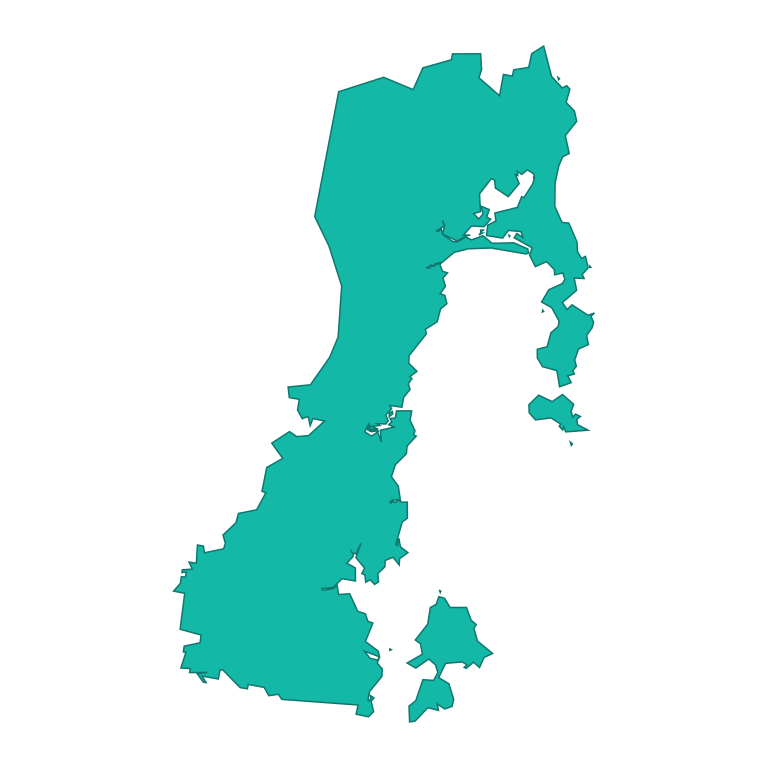 Glamorgan-Spring Bay, Tasmania, Australia (orthographic projection)
{"feature_id": "25037944B36269977330964", "entity_name": "Glamorgan-Spring Bay", "entity_type": "district", "adm_level": 2, "iso_a3": "AUS", "parent_name": "Australia", "parent_adm1": "Tasmania", "projection": "orthographic", "projection_center": [148.12, -42.278], "detail": "fine", "context": "isolated", "style": "filled", "palette": "teal", "viewbox_px": 768, "rotation_deg": 0, "n_neighbors": 0, "source": "geoboundaries", "source_scale": "gbopen_adm2", "svg_char_len": 6123}
<svg xmlns="http://www.w3.org/2000/svg" viewBox="0 0 768 768"><path d="M480.6,53.8L452.5,53.9L451.4,59.8L422.9,67.8L413.2,89.6L383.6,77.3L338.7,91.7L314.7,216.5L329.0,246.2L341.7,285.9L338.1,337.1L329.6,357.4L310.4,384.8L288.1,387.0L289.3,397.6L299.3,399.3L297.5,410.0L302.2,418.7L308.1,416.4L310.2,425.7L312.9,418.5L324.5,421.0L308.6,435.6L296.8,436.6L289.5,431.6L271.8,443.1L282.7,458.4L266.7,467.5L262.0,491.3L265.8,492.8L256.6,509.8L238.5,513.4L235.9,522.8L223.0,535.0L225.4,543.4L223.6,548.8L204.4,552.8L203.5,546.1L197.5,545.0L196.3,563.2L189.0,562.1L192.3,569.1L182.4,569.8L181.9,572.5L186.4,572.2L185.3,577.2L181.4,576.6L180.4,583.3L173.6,591.1L184.7,593.3L180.1,629.3L201.0,635.0L200.1,642.8L184.2,646.1L183.3,651.9L185.9,652.4L180.9,668.0L190.2,668.5L189.6,672.6L207.3,672.4L197.2,673.7L203.3,682.2L206.1,682.6L202.1,676.1L218.3,679.0L220.0,669.9L222.8,669.9L240.1,687.6L247.4,688.8L248.2,684.5L264.2,687.4L268.8,695.7L278.4,694.3L281.8,699.4L358.1,705.0L356.1,714.2L368.4,716.8L373.6,711.7L371.1,701.3L374.0,697.9L370.4,695.6L371.0,698.1L369.1,701.0L368.0,699.9L369.4,691.8L381.9,676.4L382.3,669.1L377.2,663.0L379.2,658.2L379.1,657.2L377.6,660.1L369.9,658.2L364.5,651.2L379.5,656.8L378.3,651.2L365.4,641.5L372.9,623.1L367.8,621.2L365.4,613.8L357.7,611.3L349.7,593.8L338.6,594.5L337.1,585.2L333.0,588.7L323.1,590.2L322.2,589.8L322.0,588.5L333.1,587.5L342.1,578.7L355.5,581.0L355.4,568.0L346.9,563.2L353.3,556.3L353.1,553.3L351.6,552.5L351.6,551.9L351.1,550.9L351.0,550.5L351.1,550.2L351.3,549.9L351.0,550.5L351.7,551.8L351.7,552.5L355.9,553.9L361.0,543.4L355.9,557.6L364.6,568.1L361.8,573.5L365.0,575.0L365.7,582.2L370.2,579.8L374.6,584.4L378.5,581.9L377.9,573.5L384.9,566.8L385.2,560.5L393.0,557.3L399.2,564.9L399.7,558.6L407.9,552.6L400.4,546.8L398.9,538.3L397.3,545.6L395.8,544.4L402.2,522.1L407.4,518.2L407.2,502.1L401.9,502.2L397.9,500.1L395.5,502.4L392.6,501.2L391.3,502.9L390.5,503.0L390.1,502.4L389.5,502.7L392.0,500.2L398.1,499.7L400.5,500.9L398.3,486.1L391.4,476.7L395.3,464.8L406.4,453.7L407.1,446.0L416.3,436.1L413.5,434.9L415.0,430.8L410.1,420.2L411.7,410.9L396.5,410.9L395.3,418.1L390.1,418.5L391.8,421.7L388.7,424.7L394.2,427.1L380.3,430.2L381.4,441.8L377.6,432.0L371.6,436.1L364.7,431.8L367.2,426.7L367.5,429.6L369.8,431.1L371.5,431.5L368.5,427.2L368.2,425.5L368.9,423.9L371.7,430.9L374.7,427.6L372.0,426.3L379.7,425.5L376.8,423.7L385.9,424.0L388.2,420.7L385.8,415.1L391.6,408.7L389.7,405.4L401.9,407.2L403.7,397.3L410.1,389.4L408.3,383.7L412.0,378.7L409.7,376.8L416.9,371.3L408.8,363.2L409.0,355.8L426.4,333.8L425.4,329.3L437.2,321.7L440.6,308.8L446.9,303.7L444.8,295.3L440.1,293.7L445.5,286.3L442.9,278.0L447.5,272.9L442.5,271.2L439.4,263.1L437.5,264.4L436.4,264.5L434.9,264.0L434.9,265.7L434.5,266.0L433.7,266.3L432.8,266.3L431.8,266.0L431.3,265.2L430.5,267.3L429.8,268.1L428.4,268.3L427.6,268.1L426.8,267.7L431.2,265.0L434.3,266.0L434.8,265.5L434.5,264.8L435.0,263.9L440.6,262.4L441.0,263.3L454.1,252.4L468.5,248.8L491.0,248.0L526.4,254.0L528.6,252.9L527.7,248.9L513.8,242.8L492.1,243.3L483.0,235.7L471.6,239.9L465.7,237.0L457.4,241.8L453.0,241.6L442.5,234.4L441.3,229.0L438.0,231.5L437.2,231.6L436.7,231.1L436.1,231.2L444.5,225.8L443.0,222.4L442.7,220.7L444.7,225.7L442.5,234.1L457.4,241.0L466.1,235.9L470.3,235.1L463.5,235.1L471.5,226.0L484.1,226.7L490.7,219.1L486.6,217.1L489.3,209.6L481.2,206.2L483.0,214.0L478.7,219.0L473.6,213.5L480.5,211.7L479.5,193.9L491.2,178.8L494.6,180.0L495.4,188.1L508.3,196.6L519.2,183.6L515.5,174.6L517.8,175.5L517.3,171.3L521.7,174.4L527.5,169.8L533.6,173.8L534.2,175.8L534.4,178.2L532.7,183.9L524.0,197.6L521.6,196.7L517.4,207.4L494.9,213.0L495.9,221.0L487.7,225.2L486.5,235.5L502.6,238.1L508.4,230.4L521.0,231.6L522.9,237.5L516.8,233.5L514.2,237.8L532.1,247.8L529.5,255.1L535.3,266.6L546.6,261.6L554.3,269.6L554.6,274.8L562.8,273.0L564.9,279.2L562.3,283.6L548.8,289.7L541.6,302.0L551.6,307.6L559.1,321.1L558.1,326.6L550.9,332.8L547.1,346.8L537.3,349.2L537.3,357.9L542.6,366.7L556.9,370.6L559.6,386.8L571.2,382.6L567.7,375.8L574.4,374.1L572.9,370.6L576.4,366.2L574.7,360.0L578.5,349.0L588.4,344.6L586.6,335.4L592.0,328.0L593.6,322.3L591.0,316.3L594.4,313.0L588.0,315.3L572.0,304.8L567.1,309.5L562.3,302.6L576.6,290.3L574.2,278.0L584.2,278.5L582.2,274.4L588.1,268.0L585.5,256.4L581.5,258.4L577.5,251.7L577.0,242.0L568.9,223.1L562.0,222.4L554.8,206.4L555.1,182.9L558.8,165.9L562.7,156.7L569.2,153.5L565.3,135.6L576.7,121.3L574.4,111.0L566.1,102.4L569.9,89.3L566.7,85.7L562.3,88.0L551.6,76.5L543.7,46.1L531.7,53.6L528.7,67.4L513.7,69.8L512.4,76.1L503.5,74.4L499.5,95.7L479.0,77.8L481.6,69.5L480.6,53.8ZM437.8,672.6L433.6,680.4L422.9,679.7L415.8,700.7L409.0,706.1L409.6,721.9L415.1,721.1L427.8,707.7L438.5,710.4L437.1,703.9L444.7,709.0L452.0,706.4L453.7,699.4L448.8,683.6L438.7,677.6L445.6,663.4L462.2,661.9L466.9,664.7L464.2,667.4L466.2,668.4L473.5,662.2L479.5,667.5L484.1,657.4L492.6,653.5L477.5,641.1L473.9,628.3L476.3,624.5L471.2,620.4L466.5,607.5L450.1,607.5L444.5,598.2L438.8,596.7L436.2,604.3L430.3,607.6L427.7,624.1L415.3,640.0L420.5,643.8L422.4,654.2L407.1,663.0L415.8,668.1L428.7,659.0L435.6,664.9L437.8,672.6ZM560.7,424.1L559.2,426.2L562.7,430.0L563.7,426.9L565.8,431.9L588.1,430.2L577.5,424.6L576.8,419.2L580.4,416.5L575.5,414.1L572.8,417.0L571.1,411.2L573.7,404.3L562.5,394.5L552.2,401.6L538.6,395.2L528.9,404.7L529.2,412.8L535.5,419.9L551.0,417.9L560.7,424.1ZM389.2,416.7L392.8,413.7L392.2,411.4L389.3,413.3L389.2,416.7ZM480.6,230.0L480.8,232.0L483.3,230.1L480.6,230.0ZM570.4,442.1L571.3,445.4L572.4,443.9L570.4,442.1ZM480.5,233.0L479.0,235.0L482.6,233.0L480.5,233.0ZM439.3,590.0L440.3,592.5L440.8,591.3L439.3,590.0ZM559.5,78.8L558.0,77.5L558.6,79.7L559.5,78.8ZM509.0,235.2L509.3,237.3L509.9,235.6L509.0,235.2ZM543.6,311.4L542.7,310.2L542.4,312.0L543.6,311.4ZM373.9,430.3L372.8,431.4L375.2,431.1L373.9,430.3ZM589.7,266.1L589.8,267.4L590.8,267.2L589.7,266.1ZM390.0,648.9L389.8,650.3L391.3,649.7L390.0,648.9ZM377.4,428.9L375.3,427.9L374.5,428.5L374.7,429.7L376.2,429.6L377.4,428.9ZM378.2,431.3L377.3,429.4L376.3,430.4L377.7,431.3L378.2,431.3ZM533.8,178.9L534.0,175.9L533.6,177.2L533.8,178.9Z" fill="#14b8a6" stroke="#0f766e" stroke-width="1.5"/></svg>